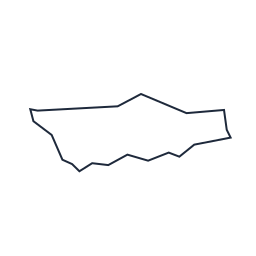 map outline of Las Pinas (Albers equal-area conic projection), rotated 118°
{"feature_id": "PHL-5556", "entity_name": "Las Pinas", "entity_type": "Highly Urbanized City", "adm_level": 1, "iso_a3": "PHL", "parent_name": "Philippines", "parent_adm1": "", "projection": "albers", "projection_center": [121.001, 14.452], "detail": "fine", "context": "isolated", "style": "outline", "palette": "slate", "viewbox_px": 256, "rotation_deg": 118, "n_neighbors": 0, "source": "natural_earth", "source_scale": "10m", "svg_char_len": 403}
<svg xmlns="http://www.w3.org/2000/svg" viewBox="0 0 256 256"><g transform="rotate(118 128 128)"><path d="M67.0,51.7L83.2,40.0L88.3,32.9L111.6,61.7L129.2,69.2L130.6,80.5L147.4,94.9L151.8,116.0L170.0,128.0L175.9,143.1L189.0,150.6L186.1,160.4L186.8,171.0L170.0,192.1L166.4,214.7L157.3,223.1L155.1,216.0L113.7,147.3L91.9,132.5L87.4,83.3L67.0,51.7Z" fill="none" stroke="#1e293b" stroke-width="2"/></g></svg>